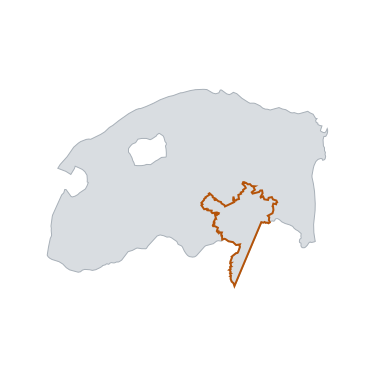 Z F Mgcawu, Northern Cape, South Africa (highlighted), rotated 203°
{"feature_id": "47623444B49450251729649", "entity_name": "Z F Mgcawu", "entity_type": "district", "adm_level": 2, "iso_a3": "ZAF", "parent_name": "South Africa", "parent_adm1": "Northern Cape", "projection": "robinson", "projection_center": [20.762, -27.405], "detail": "medium", "context": "in_parent", "style": "outline", "palette": "amber", "viewbox_px": 384, "rotation_deg": 203, "n_neighbors": 0, "source": "geoboundaries", "source_scale": "gbopen_adm2", "svg_char_len": 5525}
<svg xmlns="http://www.w3.org/2000/svg" viewBox="0 0 384 384"><g transform="rotate(203 192 192)"><path d="M265.4,73.7L274.2,72.5L278.1,73.2L282.7,75.2L287.1,75.9L294.6,75.2L297.2,75.5L299.2,76.2L300.6,77.3L302.6,85.3L304.3,93.9L304.2,96.7L304.5,97.7L306.5,101.4L307.3,103.6L308.5,105.5L311.0,114.6L311.3,116.2L310.8,138.4L309.7,141.1L310.1,144.6L308.8,145.0L301.5,140.6L300.2,140.7L298.1,142.4L296.1,145.0L295.2,147.2L291.3,153.2L291.0,157.0L291.2,160.2L292.4,160.3L293.3,162.7L295.2,166.4L298.5,168.8L301.7,169.9L306.1,170.1L309.6,170.1L309.4,167.6L310.4,160.8L316.2,161.7L324.8,161.4L324.1,165.8L320.7,175.8L318.4,187.0L315.7,192.6L314.2,194.9L309.9,199.1L307.7,200.4L305.9,200.9L298.6,209.3L295.8,213.3L293.3,219.1L290.9,222.4L287.2,229.2L280.9,239.4L275.7,246.0L273.4,248.0L271.8,248.8L267.7,252.7L261.9,258.9L257.4,264.4L250.8,270.7L247.0,273.4L241.3,278.8L239.7,279.6L233.3,284.6L228.7,287.6L221.3,291.1L218.3,292.1L211.4,291.2L208.5,291.7L206.0,293.8L205.8,296.9L204.7,297.4L198.4,295.9L195.7,296.2L194.2,297.8L192.9,299.9L189.2,300.0L182.7,297.8L175.1,296.5L173.3,296.4L169.6,298.0L168.3,298.2L162.9,297.9L159.9,296.9L157.0,296.9L154.8,297.7L152.1,298.0L144.9,303.7L141.2,303.7L137.9,304.4L132.3,303.6L130.6,304.0L128.9,305.0L125.0,305.4L123.5,306.3L117.0,311.5L114.3,311.0L110.9,310.9L107.0,308.1L105.6,308.3L106.0,307.5L106.1,306.0L104.7,304.5L103.2,304.6L102.4,303.3L100.1,303.2L98.2,303.6L97.8,298.7L96.9,298.2L94.6,298.1L93.4,298.3L92.9,298.7L92.3,299.9L92.3,303.2L91.5,302.3L90.6,300.2L90.3,298.1L90.6,295.5L92.3,294.6L91.8,291.3L89.0,285.7L87.4,284.6L86.1,281.7L84.7,280.6L84.2,278.6L82.9,277.0L82.4,274.5L83.1,273.0L84.2,272.3L85.4,273.5L86.8,273.0L88.8,271.2L89.9,268.4L90.0,263.9L89.6,261.2L88.0,254.0L87.2,252.3L83.6,247.2L79.4,240.3L74.0,229.4L71.4,222.9L67.4,209.7L64.0,202.3L59.7,195.3L59.2,194.9L59.8,194.0L62.0,192.4L63.1,192.0L63.6,192.2L64.1,191.7L64.6,190.7L65.0,188.2L66.0,185.6L66.9,184.5L68.9,183.8L70.4,184.7L71.0,185.7L71.3,186.9L72.0,187.6L73.1,187.5L73.8,188.3L74.3,189.9L74.2,191.0L73.6,191.7L73.7,192.7L74.5,193.8L75.3,196.4L79.4,197.7L81.7,197.9L83.8,198.5L85.9,199.7L89.2,199.9L93.9,199.4L97.7,199.6L100.7,200.7L102.9,200.9L104.3,200.2L104.8,199.2L104.7,197.9L105.3,197.1L106.9,196.7L108.1,195.7L109.0,194.1L111.1,192.7L114.4,191.7L116.1,191.7L115.9,122.2L121.9,127.0L123.3,129.2L126.2,135.7L129.2,143.8L129.6,147.6L129.5,148.5L126.5,153.7L126.4,156.3L126.7,159.4L127.4,160.9L128.3,161.4L130.4,160.7L133.7,161.5L139.9,161.1L143.0,161.5L143.8,161.3L144.5,160.6L145.3,158.8L146.0,158.2L148.9,157.4L150.2,156.3L152.2,152.7L158.4,147.9L159.1,146.7L163.0,135.1L164.2,133.4L166.0,132.3L169.3,131.5L171.3,131.9L173.5,133.0L175.9,134.6L179.5,137.8L180.7,138.3L184.3,138.4L186.6,140.5L193.3,141.9L195.3,141.8L197.4,140.7L200.9,140.7L204.6,140.0L206.9,137.9L211.4,125.2L211.9,122.4L212.4,121.7L216.0,120.2L220.3,119.1L221.2,118.5L224.0,115.0L227.5,112.1L230.1,101.9L231.7,99.5L232.8,98.5L233.4,98.5L234.3,97.9L235.5,96.6L236.9,95.9L238.5,95.6L239.6,94.7L240.1,93.4L240.9,92.7L242.1,92.8L242.8,92.3L243.0,91.4L245.7,89.2L245.7,88.4L247.3,86.2L250.3,82.8L253.1,80.9L255.7,80.5L260.6,78.8L262.4,77.2L263.5,75.0L265.4,73.7ZM254.9,223.5L259.2,221.7L262.4,219.5L263.2,215.4L265.7,212.8L266.6,210.5L267.4,207.2L266.0,203.8L264.0,202.8L260.5,199.9L258.9,197.9L256.8,196.2L255.3,194.2L252.8,194.8L248.9,196.5L246.5,197.9L244.5,199.7L240.8,201.0L237.4,206.6L236.3,207.8L233.6,211.9L229.7,213.9L229.6,214.7L230.9,218.0L232.6,221.3L234.4,224.0L234.2,225.7L234.8,227.0L236.5,227.9L239.2,231.3L240.6,232.4L244.8,233.2L245.4,233.0L246.6,230.9L246.8,229.5L249.7,225.1L251.0,223.8L254.9,223.5Z" fill="#d9dde1" stroke="#a8b0b8" stroke-width="1"/><path d="M174.1,180.9L171.9,182.3L171.5,181.6L170.6,182.1L170.4,181.3L166.6,182.5L166.3,181.1L165.1,180.5L161.1,182.9L159.0,183.0L159.0,182.0L161.4,181.1L160.6,180.4L161.9,180.0L159.5,176.9L160.0,176.9L160.3,172.9L159.5,172.8L159.7,170.8L159.1,170.9L159.7,169.3L159.2,168.8L157.4,169.5L154.2,169.2L153.9,165.7L152.7,165.0L152.1,166.1L151.1,164.8L150.7,165.7L148.7,166.4L148.7,164.7L147.9,163.3L147.3,163.5L145.6,160.0L143.9,161.6L142.7,161.7L139.1,160.9L134.7,161.9L130.7,160.4L127.4,162.5L127.4,161.3L126.4,160.2L126.1,155.1L126.3,153.7L127.6,152.9L130.3,147.9L129.6,147.3L129.5,142.9L129.1,141.6L128.3,142.0L128.7,141.2L127.3,139.5L127.5,138.5L126.9,138.5L127.6,137.7L126.5,136.4L127.2,135.0L126.4,135.2L126.5,134.5L125.4,133.8L125.2,132.5L124.6,132.4L125.2,131.9L123.5,130.2L123.9,129.4L123.3,129.4L122.5,127.1L120.5,125.0L118.2,124.3L116.2,122.0L116.4,191.3L114.4,191.6L113.4,192.8L112.2,192.4L111.0,193.2L109.4,193.1L108.5,194.5L110.3,196.2L111.0,198.9L112.9,199.8L109.6,203.9L110.0,207.2L111.6,210.1L112.2,210.2L112.6,213.1L109.8,213.6L110.2,215.0L109.6,215.8L111.0,217.1L114.6,216.8L116.5,218.5L119.2,216.6L118.9,214.4L122.6,213.5L124.8,215.7L126.5,213.8L127.0,214.3L126.5,218.4L128.1,220.8L129.7,220.1L130.2,218.3L135.6,214.2L136.9,215.1L135.0,218.6L137.4,220.6L136.4,221.8L139.3,220.8L141.7,221.9L143.6,220.9L145.8,221.5L147.1,220.8L147.5,221.5L148.7,221.1L148.7,219.2L145.5,218.0L144.1,216.8L145.8,213.9L145.1,212.6L146.9,210.6L146.1,209.6L148.2,207.4L146.0,203.9L147.9,202.4L148.4,201.1L150.0,201.2L152.1,204.0L150.9,200.5L149.3,199.1L156.0,191.6L157.0,192.6L160.4,193.0L161.4,194.1L164.1,193.8L166.3,194.5L167.8,193.5L168.3,193.7L168.0,195.1L170.8,195.2L171.3,196.3L175.4,197.7L175.8,197.1L174.7,196.6L177.5,192.5L177.1,192.1L178.1,190.6L177.8,189.5L179.1,185.6L177.5,184.8L178.2,183.5L174.1,180.9Z" fill="none" stroke="#b45309" stroke-width="2"/></g></svg>